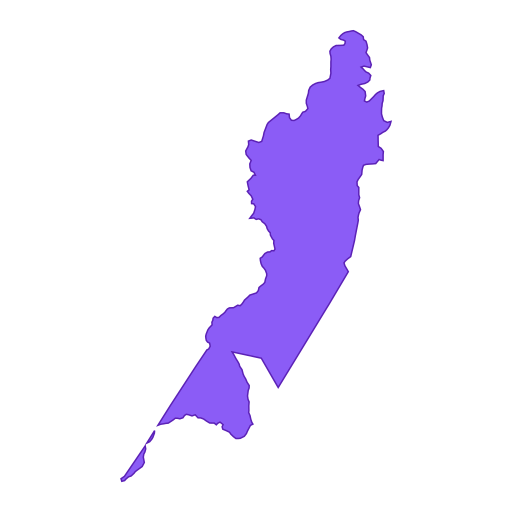 the district of Tracuateua, Pará, Brazil
{"feature_id": "56859067B98694132749853", "entity_name": "Tracuateua", "entity_type": "district", "adm_level": 2, "iso_a3": "BRA", "parent_name": "Brazil", "parent_adm1": "Pará", "projection": "albers", "projection_center": [-46.953, -1.066], "detail": "fine", "context": "isolated", "style": "filled", "palette": "violet", "viewbox_px": 512, "rotation_deg": 0, "n_neighbors": 0, "source": "geoboundaries", "source_scale": "gbopen_adm2", "svg_char_len": 4470}
<svg xmlns="http://www.w3.org/2000/svg" viewBox="0 0 512 512"><path d="M391.0,121.4L387.3,122.4L383.7,120.6L382.4,117.2L381.5,113.9L381.5,111.0L381.6,108.1L382.0,106.1L382.2,103.3L383.0,100.7L383.1,98.6L383.2,95.8L384.2,93.5L383.7,90.6L380.1,91.4L377.4,92.9L375.5,94.5L373.6,96.7L371.7,98.6L369.3,101.0L366.7,102.1L364.4,100.9L365.0,98.2L365.7,95.9L365.1,91.5L363.0,89.3L360.0,87.1L358.0,85.4L361.0,84.3L364.8,83.5L367.8,82.0L369.8,80.0L370.0,78.0L370.8,75.5L368.6,73.1L366.1,72.0L364.6,70.6L363.1,68.9L361.1,67.1L364.0,66.1L367.1,66.8L370.3,67.6L371.3,64.8L370.6,62.6L369.8,60.2L369.5,57.5L367.8,55.2L366.0,52.6L366.8,50.4L367.6,47.9L367.0,44.6L366.0,41.2L363.6,39.6L363.2,36.7L361.2,34.9L358.8,33.5L355.7,31.7L353.4,30.7L351.3,31.0L349.2,31.5L346.9,31.9L344.7,32.6L342.9,33.7L340.9,35.4L338.9,37.9L340.8,39.4L343.6,40.1L345.3,41.2L345.0,43.5L343.8,45.2L340.3,45.4L336.1,45.5L333.4,46.9L331.3,48.8L329.9,51.2L330.1,53.5L330.9,56.3L331.1,59.3L330.9,61.8L330.9,64.1L330.9,66.7L330.7,69.6L330.9,73.3L329.9,78.3L327.8,80.0L324.4,81.5L321.1,82.2L318.2,82.6L315.5,83.5L312.7,85.0L310.2,87.1L308.7,90.4L308.4,93.2L306.3,100.1L306.3,103.3L307.4,106.6L307.9,108.6L305.4,111.4L302.8,112.2L301.7,113.8L300.5,115.9L298.5,118.1L296.0,119.6L294.1,120.5L291.4,120.3L289.5,117.7L289.1,114.1L286.6,113.8L283.8,112.8L280.1,112.8L277.9,114.8L268.4,122.5L267.1,124.5L265.7,128.2L264.1,132.4L263.4,136.0L261.7,141.4L258.8,142.5L251.2,140.0L248.4,141.1L248.7,144.5L248.0,146.7L245.7,151.0L246.2,154.5L249.1,158.2L251.2,160.4L249.8,163.9L250.0,167.5L251.1,170.8L254.0,172.3L255.4,175.2L253.3,175.2L250.9,178.4L247.3,181.8L248.1,185.8L249.1,189.8L247.3,191.3L248.8,193.3L251.2,195.8L252.8,199.2L251.5,201.2L251.6,203.6L253.7,203.8L255.5,206.6L254.9,209.6L253.7,213.2L251.1,216.5L249.8,218.3L253.9,217.9L256.2,219.4L258.6,218.8L260.9,219.7L262.2,221.7L264.8,223.7L266.5,226.2L267.2,228.7L268.6,231.1L270.2,232.7L270.4,235.1L271.5,237.2L272.5,239.0L273.9,240.4L273.7,243.3L274.4,246.4L275.0,249.1L273.9,250.8L271.6,250.6L270.0,251.9L267.6,252.0L264.9,253.5L263.4,255.4L262.2,257.0L260.2,258.3L260.4,260.6L261.1,263.7L262.3,266.4L263.9,268.1L265.4,270.2L266.7,273.7L266.7,275.8L265.5,279.0L264.8,282.4L263.3,284.1L260.6,286.1L259.0,287.5L258.3,290.6L256.5,292.9L249.8,295.1L248.3,296.7L244.5,300.1L243.3,302.1L242.0,303.9L240.2,305.7L237.7,305.2L233.6,307.7L231.3,307.8L229.3,307.9L227.4,309.0L226.0,310.7L224.8,312.4L223.1,313.9L220.9,315.5L219.0,317.4L216.8,317.6L214.8,316.4L213.1,318.2L212.8,320.3L211.9,322.2L212.1,324.8L209.1,328.0L207.8,330.0L206.2,334.1L205.7,336.2L205.9,338.2L206.3,340.4L207.6,342.1L209.6,343.1L210.2,346.2L208.7,349.0L206.9,349.9L195.9,366.3L183.8,384.9L170.5,405.3L157.9,425.3L160.8,424.2L163.6,423.8L165.6,423.4L168.3,423.1L173.2,419.9L175.3,418.2L177.7,418.3L179.8,418.8L182.9,417.8L184.5,415.5L186.3,414.3L188.8,414.8L192.0,415.9L195.2,414.8L198.0,417.8L200.7,417.9L203.6,419.0L206.4,421.0L209.7,423.0L214.2,423.1L216.3,424.8L217.7,423.3L220.0,422.1L223.1,424.6L222.1,426.8L222.8,429.2L226.2,430.6L229.5,432.2L230.8,434.1L233.5,436.7L235.9,438.5L238.3,438.5L240.3,438.3L244.3,436.3L246.4,433.6L247.4,431.2L250.4,425.4L252.9,424.1L251.8,422.3L250.8,419.3L250.0,415.6L248.7,412.6L248.9,410.5L248.8,405.8L249.1,401.9L248.0,399.3L247.5,395.9L248.2,390.5L249.1,388.0L249.2,385.5L247.1,382.3L245.7,379.0L244.1,376.3L243.1,374.0L242.0,369.7L239.7,366.3L239.1,364.0L237.9,361.8L235.8,358.4L233.9,354.8L232.1,351.9L244.3,354.5L261.3,358.2L274.6,381.3L278.2,387.5L300.1,351.6L327.1,307.3L328.6,304.9L348.3,271.7L346.9,269.2L344.9,265.8L344.0,262.9L345.1,261.2L347.6,258.9L350.7,256.6L354.5,240.6L355.3,235.9L357.9,222.6L358.3,220.2L358.0,217.4L358.5,214.9L359.1,212.8L360.5,209.7L359.7,207.2L358.4,203.6L358.6,200.7L359.6,197.7L358.8,194.8L358.8,187.5L357.2,185.6L357.0,181.8L358.2,179.4L360.0,176.9L361.7,174.4L362.1,170.0L362.8,167.2L363.5,165.3L365.9,164.4L368.9,164.1L372.6,163.9L375.7,163.6L379.1,159.5L381.0,160.2L383.1,160.6L383.1,154.6L383.4,151.5L381.1,148.3L378.3,146.5L378.2,142.9L378.1,139.8L378.1,137.7L378.0,135.3L380.7,133.8L382.9,132.3L385.3,131.1L386.8,129.8L388.4,127.9L389.9,125.3L391.0,121.4ZM121.8,481.3L124.6,480.6L126.1,478.9L128.6,476.8L131.1,476.0L134.0,473.3L135.3,471.6L137.5,469.9L142.2,466.5L144.3,462.5L143.3,457.1L143.8,454.1L144.9,452.0L145.7,448.9L145.2,445.9L124.4,476.4L121.0,478.7L121.8,481.3ZM146.8,443.1L149.7,441.7L151.7,439.3L152.8,437.5L154.4,433.2L154.6,430.6L146.8,443.1Z" fill="#8b5cf6" stroke="#5b21b6" stroke-width="1.5"/></svg>